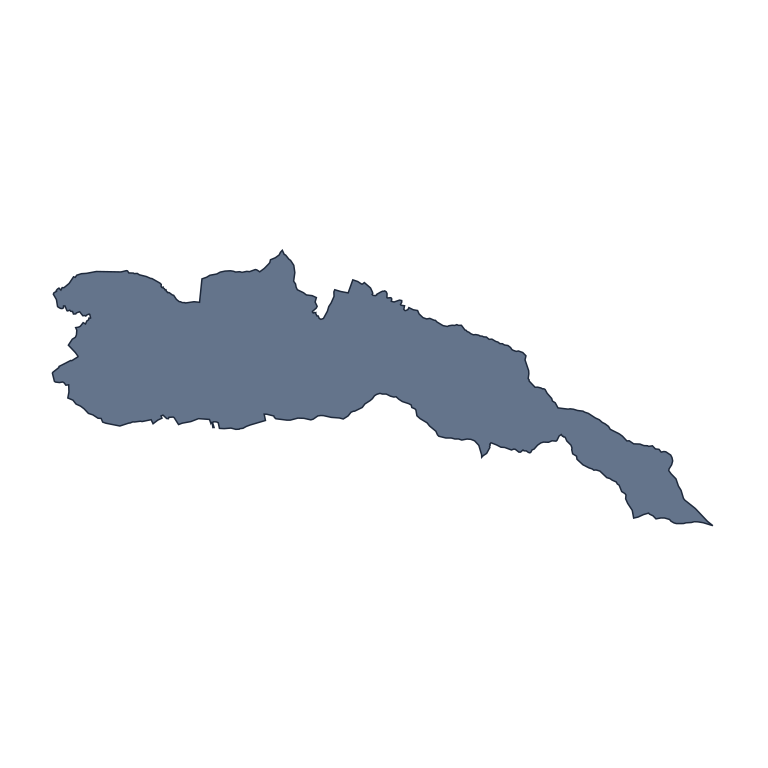 outline of Musetesti, Gorj, Romania, rotated 92°
{"feature_id": "2599482B16090003119204", "entity_name": "Musetesti", "entity_type": "district", "adm_level": 2, "iso_a3": "ROU", "parent_name": "Romania", "parent_adm1": "Gorj", "projection": "albers", "projection_center": [23.469, 45.217], "detail": "fine", "context": "isolated", "style": "filled", "palette": "slate", "viewbox_px": 768, "rotation_deg": 92, "n_neighbors": 0, "source": "geoboundaries", "source_scale": "gbopen_adm2", "svg_char_len": 6144}
<svg xmlns="http://www.w3.org/2000/svg" viewBox="0 0 768 768"><g transform="rotate(92 384 384)"><path d="M432.9,660.6L435.2,646.5L431.9,637.5L431.9,636.5L430.6,633.7L430.7,632.1L429.7,626.1L430.0,624.5L427.8,615.5L431.8,613.4L428.0,608.8L425.9,604.7L423.7,605.7L422.8,603.8L426.1,600.0L426.2,598.2L424.8,597.8L424.4,593.5L425.0,592.5L431.7,587.9L430.2,584.3L428.3,575.7L425.1,568.2L425.5,557.2L429.3,555.7L428.4,555.4L428.3,554.5L433.5,553.5L433.4,552.3L428.6,554.0L427.7,552.9L427.7,550.2L428.5,548.3L434.1,546.9L434.2,542.2L433.4,535.4L434.5,530.5L434.2,527.1L433.7,526.6L433.2,523.4L431.2,520.1L429.6,516.2L424.6,501.2L418.3,502.7L418.3,500.1L419.8,493.0L421.2,492.4L422.5,490.9L423.5,479.8L423.4,476.5L421.1,468.9L421.1,462.8L422.4,455.9L421.6,453.5L418.2,449.0L417.7,446.1L417.7,443.5L419.2,435.5L419.5,427.4L420.4,423.5L417.2,418.8L413.4,416.0L412.3,413.7L412.2,412.4L408.2,404.9L404.6,402.4L401.1,397.3L399.1,395.1L396.1,393.1L394.6,390.9L393.5,387.7L394.1,385.3L394.0,381.3L395.9,377.2L396.7,373.7L396.3,371.5L398.7,368.7L400.9,365.1L402.8,358.6L404.0,356.1L406.5,355.4L407.7,352.3L408.9,351.2L414.6,350.0L417.3,346.8L421.3,339.6L424.4,337.0L429.4,330.5L432.9,328.8L434.3,327.4L435.8,320.3L435.6,314.9L436.5,311.2L436.3,307.7L437.3,304.3L436.1,299.1L436.3,295.2L437.6,291.5L442.0,287.1L451.3,284.0L453.8,283.8L452.1,282.3L449.8,279.0L443.8,276.0L442.7,276.3L441.2,275.7L440.5,276.2L439.0,275.0L440.9,269.5L443.1,264.9L443.2,261.2L445.5,254.3L444.5,252.0L444.7,250.5L447.4,246.8L447.3,245.1L445.1,242.8L445.9,241.7L445.9,239.4L447.3,237.4L447.7,235.8L447.1,234.9L444.7,233.7L443.8,231.7L439.8,228.4L437.4,225.2L436.5,222.6L436.5,217.5L434.9,214.1L435.1,210.1L434.4,209.2L429.9,207.2L428.3,205.1L430.0,203.8L430.1,202.9L430.6,202.7L430.7,201.5L431.3,200.9L434.6,199.3L438.6,195.0L441.4,193.9L443.1,194.1L447.2,193.0L449.4,189.1L452.5,188.5L457.8,182.4L460.7,176.2L461.7,172.8L462.8,171.3L462.5,169.1L463.5,165.2L469.8,158.1L470.6,154.9L472.1,152.7L473.8,148.5L475.8,147.3L476.9,145.5L483.2,142.7L485.1,139.4L486.5,138.3L490.3,138.5L494.8,136.3L501.6,131.5L509.3,129.8L508.1,125.4L505.4,120.0L503.8,115.1L504.8,114.1L506.3,110.6L509.3,107.5L508.2,102.6L508.1,99.1L509.4,93.9L511.1,92.4L512.7,89.4L513.3,86.9L513.0,79.7L512.2,77.4L511.7,72.0L510.8,69.1L510.8,65.5L511.5,60.1L514.1,50.4L510.0,55.9L497.5,68.6L489.6,79.3L487.9,80.7L479.9,83.4L475.7,86.2L468.6,88.9L463.8,93.9L460.6,96.4L458.8,96.1L454.7,93.7L450.8,92.8L447.5,93.6L445.0,95.0L441.9,100.0L441.7,102.0L442.4,104.6L439.7,106.9L439.4,110.5L436.4,113.6L437.1,117.3L436.5,118.5L436.5,122.1L435.1,126.1L435.1,132.4L432.2,136.9L432.4,139.3L427.8,143.9L425.7,147.0L421.4,156.3L418.5,158.2L416.0,161.8L414.8,164.5L412.2,167.6L410.6,171.5L406.2,178.8L405.1,182.6L404.2,184.1L403.7,189.7L402.6,193.7L402.3,197.2L402.7,199.1L401.8,209.3L396.8,212.2L395.1,215.1L392.6,215.9L387.6,220.6L383.9,222.8L383.2,224.1L383.3,225.4L382.5,226.9L381.8,230.3L382.0,232.9L376.0,239.0L374.6,239.2L373.6,240.1L368.8,239.6L365.6,239.9L355.0,243.9L350.9,243.1L347.7,246.4L346.3,250.8L346.8,253.0L345.8,256.1L345.1,257.4L343.1,258.8L341.2,261.5L340.8,265.0L339.6,267.0L339.6,269.6L338.1,271.6L337.6,273.7L335.4,277.7L335.7,280.5L333.5,283.3L333.4,286.2L332.8,287.3L332.6,289.9L331.9,291.0L331.4,294.0L331.7,296.4L330.8,298.8L329.2,301.1L328.7,302.7L327.5,303.8L327.2,305.0L322.6,308.7L322.8,311.7L322.1,313.3L323.0,315.3L322.9,318.0L323.5,321.1L324.3,322.7L323.6,327.0L320.2,333.2L318.6,334.8L318.5,336.2L316.8,340.5L317.5,343.6L316.3,347.4L312.7,351.4L309.4,353.0L308.8,357.3L306.8,361.8L308.8,362.7L309.9,364.9L309.8,365.8L308.7,366.8L305.1,366.2L304.7,369.6L304.1,370.3L301.6,369.1L300.0,369.2L299.6,371.4L301.7,376.8L301.1,379.6L298.8,379.2L297.8,379.7L297.5,380.7L297.9,383.3L297.6,384.1L293.6,384.1L291.8,385.0L290.9,386.5L291.3,387.3L291.3,388.7L292.4,390.8L294.7,394.5L295.2,394.4L296.0,395.6L295.8,398.1L294.9,399.0L294.0,398.4L292.7,398.7L288.5,400.8L283.3,407.2L284.8,408.9L284.9,409.9L282.5,413.8L281.0,418.8L294.2,423.0L293.1,430.3L291.5,436.5L293.7,437.3L298.2,437.0L304.9,439.7L308.5,441.9L313.2,443.1L320.6,446.8L321.6,449.3L320.7,451.0L318.3,452.2L318.3,453.4L315.7,454.8L315.0,454.7L315.2,455.5L314.9,456.2L315.5,457.2L314.5,458.1L313.9,458.0L310.6,454.4L308.7,453.5L304.5,455.7L300.0,454.6L298.2,458.9L297.7,464.7L295.6,467.6L292.8,473.9L290.3,475.2L287.1,475.9L284.4,477.9L275.8,477.0L268.5,478.3L263.7,481.7L262.6,483.4L258.6,486.8L258.0,488.2L253.9,490.3L256.0,492.1L258.7,493.3L261.6,497.0L263.8,501.8L266.7,502.4L268.0,503.4L272.7,507.7L276.2,512.1L274.4,515.1L274.1,516.6L276.4,522.3L276.2,525.1L277.4,529.8L276.8,532.1L277.3,536.2L276.6,538.3L276.2,541.3L276.7,546.8L277.9,551.6L279.9,555.0L281.4,561.8L283.5,565.0L285.3,569.6L308.8,571.2L308.4,576.7L310.0,585.5L309.6,585.9L309.7,588.5L308.9,590.2L308.8,591.6L306.7,594.4L302.7,597.3L302.4,598.6L300.2,601.8L300.2,603.4L299.7,603.5L299.2,604.6L297.4,605.2L297.6,606.1L296.4,606.8L295.8,608.1L294.9,608.1L295.2,609.5L294.3,610.1L292.2,610.1L291.0,611.4L286.7,619.6L286.6,621.0L284.9,625.2L283.4,632.3L282.1,634.4L282.4,637.6L281.9,638.3L281.9,642.9L279.9,644.3L279.7,645.4L281.2,650.8L281.6,675.4L283.8,685.2L284.3,690.2L286.0,694.9L288.2,696.3L287.7,698.0L294.5,702.2L298.9,707.2L298.9,709.0L301.4,710.2L299.5,712.2L300.5,713.6L302.0,714.8L302.8,714.5L304.3,717.0L305.8,717.6L311.1,714.3L317.8,713.0L318.5,712.4L319.7,710.1L319.9,708.4L319.1,707.0L317.2,707.0L317.1,705.6L321.8,703.4L322.0,702.7L321.2,700.6L322.3,699.6L322.4,697.8L324.9,696.8L324.7,694.5L323.7,693.9L322.4,690.7L326.3,687.4L326.0,685.2L326.5,684.4L325.2,683.1L324.4,681.1L324.7,680.5L327.9,679.6L328.4,679.6L328.4,681.2L330.1,681.4L331.4,683.2L334.4,684.4L333.2,686.8L336.9,689.5L337.9,691.4L338.4,694.1L341.0,692.9L345.7,693.1L348.1,694.1L350.1,697.1L356.2,700.8L363.4,693.5L366.9,690.8L367.5,690.8L371.6,696.9L371.4,697.9L377.8,709.4L378.9,709.5L383.8,715.3L384.7,715.8L392.8,713.5L393.5,712.5L393.9,708.4L393.2,705.2L394.0,703.7L396.3,701.9L395.8,699.1L403.0,698.6L409.0,699.5L411.0,694.3L414.8,691.1L416.7,686.5L419.3,682.8L423.7,678.4L425.0,673.9L428.2,668.6L428.3,665.5L431.9,663.8L432.9,660.6Z" fill="#64748b" stroke="#1e293b" stroke-width="1.5"/></g></svg>